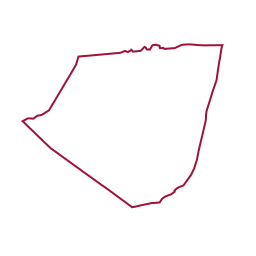 the district of San Antonino Monte Verde, Oaxaca, Mexico, rotated 263°
{"feature_id": "50627088B33135949897884", "entity_name": "San Antonino Monte Verde", "entity_type": "district", "adm_level": 2, "iso_a3": "MEX", "parent_name": "Mexico", "parent_adm1": "Oaxaca", "projection": "mercator", "projection_center": [-97.729, 17.523], "detail": "fine", "context": "isolated", "style": "outline", "palette": "rose", "viewbox_px": 256, "rotation_deg": 263, "n_neighbors": 0, "source": "geoboundaries", "source_scale": "gbopen_adm2", "svg_char_len": 2128}
<svg xmlns="http://www.w3.org/2000/svg" viewBox="0 0 256 256"><g transform="rotate(263 128 128)"><path d="M204.9,87.5L200.6,85.7L198.0,84.5L197.1,84.1L191.2,79.6L186.9,76.4L186.7,76.2L185.3,75.1L181.7,72.3L178.2,69.6L177.3,68.9L176.8,68.5L176.6,68.3L176.3,68.1L175.5,67.5L170.6,63.7L166.3,60.4L161.8,56.9L156.3,52.6L155.2,51.8L153.8,48.9L153.5,48.2L151.9,44.8L151.8,44.6L151.6,44.2L151.4,43.0L151.3,41.2L151.2,39.3L148.8,35.4L149.8,29.8L149.1,28.1L147.6,24.2L147.2,24.6L143.2,27.8L139.8,30.5L138.9,31.3L132.1,36.8L131.1,37.6L125.7,42.0L123.9,43.4L117.6,48.6L117.4,48.7L116.9,49.2L111.8,54.8L111.2,55.4L102.4,64.9L101.9,65.4L99.2,68.3L95.3,72.5L94.8,73.1L90.2,78.0L86.1,82.5L85.5,83.1L79.5,89.6L76.6,92.8L75.7,93.7L73.5,96.2L73.3,96.4L72.1,97.8L64.9,105.5L62.7,107.8L58.5,112.2L55.1,115.9L48.8,122.5L49.1,125.2L49.0,125.3L49.4,128.5L50.6,142.2L50.2,150.3L53.5,153.1L55.5,156.7L56.9,162.6L59.1,166.6L60.4,166.6L62.3,169.5L63.4,172.5L64.2,176.0L67.0,178.6L74.0,185.1L75.4,185.9L79.8,188.8L83.9,190.6L88.0,192.5L97.0,195.4L112.1,201.0L126.2,206.2L128.4,206.6L131.5,207.0L135.7,208.2L144.8,212.4L154.0,216.5L164.9,221.8L172.1,223.7L183.6,226.9L186.0,227.8L189.9,228.8L192.9,229.7L194.3,230.1L196.0,230.6L197.7,231.2L198.7,231.8L200.8,213.4L201.6,208.4L202.5,204.4L203.6,198.7L203.7,197.3L204.0,193.2L203.8,191.2L203.6,190.4L202.4,186.6L201.7,184.3L201.6,183.9L202.0,176.4L202.0,174.7L202.1,173.7L203.2,172.9L203.2,171.5L203.4,169.4L204.0,169.2L205.5,169.5L206.1,169.0L206.4,167.4L207.2,166.3L207.2,164.1L207.2,162.6L206.6,161.8L205.7,161.2L203.1,159.3L203.5,158.2L203.5,156.6L204.2,155.9L205.6,155.5L205.9,155.2L206.5,154.3L205.3,152.8L203.8,151.0L203.0,149.9L203.1,145.9L203.2,142.1L204.5,141.5L205.2,140.8L204.7,140.4L204.0,138.4L203.6,137.7L203.4,137.4L203.3,137.1L203.4,136.9L204.9,134.4L204.2,131.9L203.8,130.6L203.6,129.6L203.6,128.2L203.7,126.0L203.8,122.8L203.8,120.9L203.9,119.4L203.9,118.9L204.0,115.4L204.1,113.1L204.1,111.5L204.2,109.0L204.3,106.0L204.3,104.9L204.4,102.9L204.4,102.3L204.5,101.5L204.5,99.3L204.6,96.8L204.7,94.6L204.8,92.8L204.9,89.0L204.9,87.5Z" fill="none" stroke="#9f1239" stroke-width="2"/></g></svg>